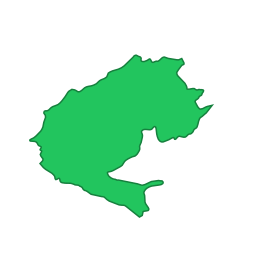 map outline of Napo (Equal Earth projection), rotated 44°
{"feature_id": "ECU-1290", "entity_name": "Napo", "entity_type": "Province", "adm_level": 1, "iso_a3": "ECU", "parent_name": "Ecuador", "parent_adm1": "", "projection": "equal_earth", "projection_center": [-77.718, -0.603], "detail": "fine", "context": "isolated", "style": "filled", "palette": "green", "viewbox_px": 256, "rotation_deg": 44, "n_neighbors": 0, "source": "natural_earth", "source_scale": "10m", "svg_char_len": 3989}
<svg xmlns="http://www.w3.org/2000/svg" viewBox="0 0 256 256"><g transform="rotate(44 128 128)"><path d="M66.7,205.3L66.1,205.2L65.7,204.6L66.1,203.1L67.0,200.7L67.2,199.3L67.4,197.3L67.4,190.9L67.0,188.9L66.1,186.4L63.5,182.4L61.3,177.6L59.7,176.3L57.3,175.8L56.6,175.1L56.2,174.1L56.5,173.3L57.0,172.7L57.7,172.0L58.2,171.1L58.5,169.8L58.5,167.9L58.6,166.5L59.1,164.7L60.2,162.5L61.4,159.7L61.7,157.0L61.6,154.0L61.0,149.1L60.0,144.2L59.9,142.8L60.8,139.2L62.9,137.8L64.1,137.3L66.8,136.7L67.6,136.0L68.2,134.9L68.6,133.0L68.9,129.3L69.5,127.4L70.5,125.7L72.4,123.1L73.5,121.0L74.5,118.2L74.6,116.4L74.6,115.0L74.8,113.5L75.2,112.0L76.5,109.2L77.0,107.4L77.2,105.9L75.7,102.2L76.2,100.1L77.3,97.5L80.2,92.4L81.5,89.1L82.1,85.9L82.5,73.5L82.3,72.0L82.6,71.0L83.2,70.0L84.3,69.6L85.2,69.4L87.5,68.4L88.3,68.4L89.1,68.8L90.2,70.2L90.8,70.5L91.6,70.5L92.8,69.7L93.7,68.6L94.9,65.9L95.2,64.4L95.5,63.4L95.9,63.1L96.8,63.2L99.0,63.9L99.9,63.8L100.5,63.3L101.6,60.8L102.2,60.0L102.8,59.6L103.3,59.0L103.6,57.4L103.8,53.9L104.2,52.6L104.9,51.7L108.6,50.0L115.9,44.9L117.1,43.8L118.4,40.7L122.8,42.2L123.8,43.0L123.9,43.3L123.9,43.6L123.8,43.8L123.7,44.1L123.6,44.4L123.5,44.6L123.4,44.7L123.3,45.1L123.2,45.6L123.3,47.0L123.9,51.6L124.5,54.2L125.9,55.4L127.8,55.9L137.9,56.3L140.8,57.2L142.1,57.9L143.2,58.9L143.9,58.7L145.0,57.6L147.2,54.6L148.3,53.6L150.1,53.3L151.0,52.9L151.7,52.2L152.0,51.4L152.4,50.9L152.8,50.6L153.3,50.3L154.7,49.0L155.9,48.4L156.5,48.7L157.0,49.7L157.2,51.2L157.6,52.2L158.0,52.9L158.0,53.4L157.9,54.1L157.6,54.9L157.4,55.6L157.5,56.2L157.9,57.4L157.9,58.1L157.9,58.8L157.7,59.6L157.5,60.6L157.5,61.5L157.8,62.3L158.7,62.8L163.4,64.3L165.2,64.5L166.3,64.5L167.0,64.0L167.6,63.2L168.3,62.1L169.3,59.1L170.1,57.4L172.8,53.2L173.8,62.9L173.6,64.3L173.3,68.0L172.9,70.0L172.9,71.3L173.6,73.0L174.2,74.3L175.6,76.6L176.8,79.0L177.1,80.0L177.0,81.0L176.8,81.8L176.6,82.5L176.5,83.1L177.4,85.7L177.4,87.7L177.1,88.8L176.4,89.6L176.0,90.4L175.8,91.3L175.8,93.5L175.5,94.7L174.6,95.8L173.4,96.6L170.4,98.4L170.1,99.3L170.0,100.4L170.1,102.6L169.8,103.4L169.3,103.7L168.0,103.2L167.5,103.2L167.0,103.7L166.6,104.6L165.5,108.1L163.0,113.5L162.1,114.5L160.9,115.1L159.6,115.3L157.6,115.0L155.1,113.8L152.9,112.4L148.5,108.8L147.1,108.1L146.2,108.4L145.8,109.4L145.8,110.6L145.9,112.3L145.5,113.3L144.8,114.2L141.6,116.8L140.6,117.9L140.1,118.9L139.9,120.1L140.2,121.2L141.4,122.1L142.5,122.5L143.5,123.2L144.6,124.5L147.5,129.3L148.6,132.3L149.1,133.2L150.4,134.3L151.3,135.3L151.9,136.7L152.7,140.2L152.7,142.0L152.5,143.3L151.0,145.9L150.3,147.7L149.5,150.0L148.9,152.5L148.8,154.5L149.7,158.8L149.4,160.8L147.0,168.5L146.2,170.5L145.3,172.0L144.3,173.2L144.2,174.4L145.6,175.4L147.9,176.0L150.4,175.7L152.4,175.1L154.1,174.1L154.4,173.8L156.3,173.1L157.4,172.0L173.6,161.6L177.3,159.8L178.1,159.2L179.5,156.9L182.0,150.3L186.5,144.5L187.9,143.6L189.2,142.4L190.7,142.5L191.4,143.1L191.6,144.0L191.2,145.6L190.2,147.1L185.3,153.4L184.2,155.6L183.5,157.9L183.3,160.1L183.7,162.3L184.3,163.5L185.3,164.2L186.2,164.6L187.1,165.2L191.7,169.5L193.5,170.3L197.8,171.2L199.1,171.7L199.7,172.4L199.8,173.3L199.0,174.6L197.3,176.8L197.0,177.7L197.5,178.7L198.1,179.5L199.0,181.0L198.1,184.1L181.0,185.7L179.5,186.0L178.4,186.7L177.2,187.8L175.0,189.5L165.3,193.6L162.4,194.1L159.0,194.2L157.9,194.7L156.6,195.7L147.5,201.3L142.6,202.0L141.2,202.4L140.0,203.1L138.9,203.2L137.8,203.1L136.4,202.6L135.1,202.8L133.8,203.3L132.3,203.5L131.4,204.1L129.4,205.7L128.1,206.1L126.0,207.1L124.9,207.8L121.0,211.4L118.5,213.2L117.0,213.6L115.8,213.2L114.8,212.4L113.9,212.0L113.3,212.1L113.0,212.6L112.4,214.5L111.8,215.3L110.8,215.1L109.9,214.4L108.8,213.7L107.2,213.4L104.7,213.4L97.4,215.0L94.6,215.2L89.4,214.7L89.4,211.4L89.1,210.2L88.3,209.3L84.9,208.7L83.3,208.0L82.3,205.2L81.9,204.5L81.3,204.5L80.2,204.8L79.7,204.5L79.4,203.2L79.2,202.4L78.7,201.9L77.6,202.1L75.9,202.7L75.1,202.6L72.9,201.9L71.5,201.9L70.3,202.4L66.7,205.3Z" fill="#22c55e" stroke="#15803d" stroke-width="1.5"/></g></svg>